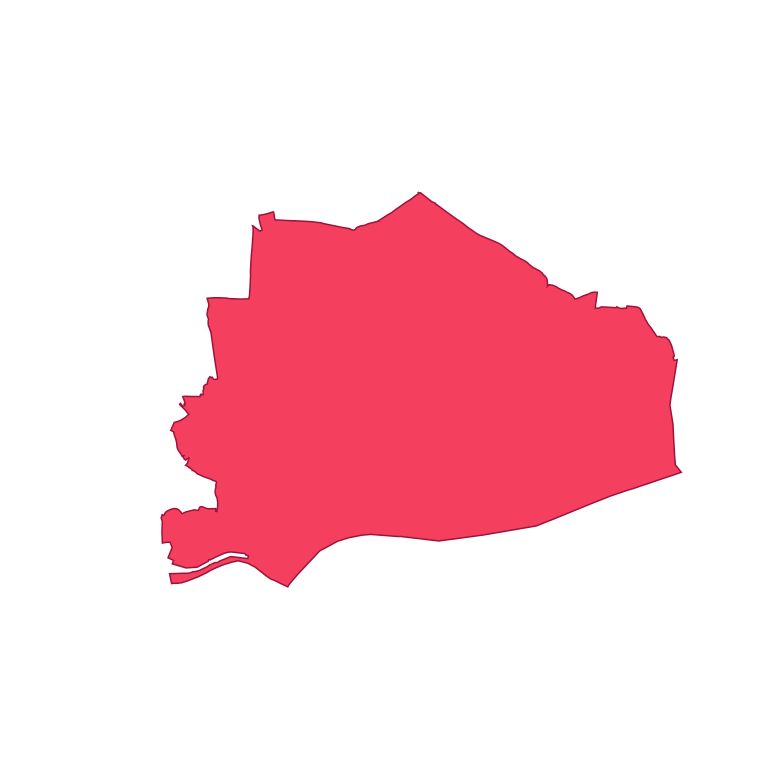 the district of Somova, Tulcea, Romania, rotated 155°
{"feature_id": "2599482B80721058448437", "entity_name": "Somova", "entity_type": "district", "adm_level": 2, "iso_a3": "ROU", "parent_name": "Romania", "parent_adm1": "Tulcea", "projection": "mercator", "projection_center": [28.654, 45.188], "detail": "fine", "context": "isolated", "style": "filled", "palette": "rose", "viewbox_px": 768, "rotation_deg": 155, "n_neighbors": 0, "source": "geoboundaries", "source_scale": "gbopen_adm2", "svg_char_len": 6087}
<svg xmlns="http://www.w3.org/2000/svg" viewBox="0 0 768 768"><g transform="rotate(155 384 384)"><path d="M556.9,240.8L555.1,242.2L553.5,243.0L542.8,247.9L512.8,259.9L492.4,261.1L482.4,259.8L480.3,259.4L467.8,256.3L459.4,253.2L435.3,239.6L434.3,239.2L433.7,239.0L400.7,218.6L379.1,211.8L360.1,205.9L359.0,205.5L305.8,191.0L284.8,189.8L248.9,188.1L226.6,186.8L209.7,185.0L202.0,183.9L151.9,178.3L152.1,179.3L154.1,187.7L150.8,196.5L144.9,211.3L139.1,225.4L133.8,244.0L129.5,250.7L123.5,259.3L108.0,282.1L109.1,282.2L111.0,282.8L110.9,284.3L110.5,286.2L110.3,286.4L109.5,286.5L109.2,286.6L109.0,287.1L108.4,289.6L107.2,296.8L107.1,298.9L107.1,302.0L107.2,303.5L107.8,304.8L108.1,306.0L108.5,306.8L110.7,308.4L111.1,308.6L112.7,308.9L113.1,309.3L113.7,310.2L114.0,310.5L116.7,311.8L117.0,314.4L118.2,321.8L119.4,327.0L119.5,327.9L119.4,328.5L119.6,330.0L119.8,331.8L119.7,338.1L120.0,343.4L120.0,343.8L120.5,344.9L121.4,346.2L123.0,347.4L125.2,348.7L127.8,350.3L130.7,352.0L131.2,351.5L132.3,350.1L133.5,350.9L134.2,351.2L136.8,352.0L139.0,353.6L140.3,355.6L141.5,355.1L150.1,359.8L154.6,362.1L157.4,361.9L160.4,363.6L158.6,366.6L154.7,372.6L151.9,377.0L155.3,378.6L157.4,379.1L159.1,379.2L160.1,379.0L162.3,379.3L166.5,379.7L167.4,379.6L170.5,379.7L175.0,380.1L175.6,384.1L175.8,384.9L176.5,386.0L176.9,386.9L177.3,387.5L178.2,388.6L179.0,389.3L180.5,391.5L182.0,393.1L182.6,393.6L183.4,394.6L184.9,396.4L186.4,398.8L187.3,399.9L189.3,402.2L191.9,403.9L192.3,404.1L192.6,404.1L194.6,403.5L193.9,404.6L193.5,405.5L193.0,407.0L192.5,408.2L192.2,409.1L192.0,410.0L192.2,412.5L192.3,413.2L192.7,414.4L193.4,415.7L193.6,416.2L193.7,417.5L193.9,418.1L194.9,420.2L195.4,421.2L197.2,423.2L198.3,425.0L199.3,425.9L199.6,426.4L202.0,431.3L202.5,432.8L203.1,434.0L203.4,434.6L204.2,435.8L207.5,440.1L211.2,445.4L211.0,446.0L214.0,451.1L215.7,454.5L217.9,459.0L219.8,462.0L221.8,464.5L234.3,478.3L237.0,482.2L240.0,487.4L241.0,488.9L242.0,490.9L244.2,495.4L248.4,502.5L254.4,513.2L260.0,523.5L261.1,525.2L261.0,526.0L263.6,529.0L269.9,541.5L270.0,541.8L270.9,542.1L271.3,542.4L271.7,542.7L272.1,543.6L272.2,541.8L276.3,541.3L280.6,540.2L282.1,540.0L284.0,539.7L286.3,539.6L291.2,538.7L293.1,538.3L299.2,537.3L304.0,536.2L307.0,535.9L308.5,535.8L320.8,534.2L320.7,534.1L326.1,535.0L326.4,535.2L331.0,536.0L333.4,535.9L334.7,536.1L338.2,537.1L341.0,537.3L342.7,537.3L344.5,536.3L345.4,536.2L346.3,536.3L347.1,536.5L349.0,538.5L349.4,538.8L349.4,539.3L354.8,542.9L371.5,555.3L372.9,556.7L382.4,562.5L395.8,569.6L398.3,570.8L413.2,578.7L413.4,578.9L413.4,579.2L411.4,586.3L411.4,586.7L412.5,587.0L415.3,587.3L419.4,588.0L420.9,588.3L425.9,589.7L426.9,587.8L427.2,587.1L427.4,586.7L428.1,583.4L428.6,581.0L429.4,575.3L429.6,575.0L430.8,575.2L431.6,574.8L431.8,574.7L432.8,576.8L433.0,577.1L435.7,582.3L436.3,582.9L436.4,581.2L436.9,580.1L439.9,574.2L446.0,563.2L446.5,562.3L446.9,561.7L449.2,557.8L450.5,555.6L452.0,552.7L454.1,548.9L454.8,547.5L456.9,543.6L458.6,540.1L458.6,539.7L464.2,528.9L468.5,521.1L470.6,518.3L474.2,519.9L477.1,521.1L488.2,526.8L490.7,528.6L497.1,531.9L501.3,533.9L505.3,535.4L508.1,536.4L508.4,534.5L508.7,532.8L508.9,531.2L509.0,530.5L509.3,529.9L510.0,528.3L512.1,526.3L513.3,524.3L513.9,523.7L514.8,522.2L515.2,521.3L515.4,520.2L515.5,519.6L515.5,518.1L515.7,516.9L516.7,515.5L517.4,514.0L518.3,511.7L518.5,511.1L518.6,508.4L518.9,506.4L518.9,505.5L518.8,504.7L519.0,504.7L519.2,503.3L523.9,488.1L526.8,478.6L531.3,462.9L532.6,458.9L535.4,459.6L536.0,460.0L536.5,460.4L536.8,462.7L538.0,462.9L538.1,463.6L538.8,464.1L539.0,464.1L539.6,463.6L540.7,463.2L541.1,462.8L541.9,461.7L543.2,460.3L544.0,459.0L544.1,458.7L544.6,458.7L545.3,458.9L546.5,458.8L547.6,458.5L548.3,458.2L548.8,457.5L549.7,455.3L550.6,454.8L551.0,453.9L552.4,450.8L554.0,451.4L554.0,452.1L554.4,452.1L554.8,451.3L555.5,451.4L555.9,450.3L556.2,450.3L559.3,452.0L563.0,453.7L570.1,457.2L571.4,457.7L571.8,457.5L571.9,454.4L572.4,451.1L572.5,450.3L573.0,450.5L573.6,450.4L573.9,449.9L573.6,448.9L574.2,448.8L575.2,448.8L576.2,449.6L576.2,451.1L576.7,452.5L577.4,452.2L577.9,451.7L575.3,444.9L574.7,442.8L574.5,441.6L573.7,439.1L577.7,437.8L579.1,437.5L583.9,437.1L585.9,437.1L589.7,437.7L590.4,437.8L596.9,432.1L594.8,429.4L595.4,427.8L595.5,427.0L596.0,422.2L596.6,419.1L597.1,417.5L598.1,414.6L598.5,412.8L598.5,411.3L598.1,408.4L597.7,406.6L597.6,404.0L597.3,403.9L595.7,403.8L595.6,403.5L597.1,403.1L596.8,401.7L596.8,400.4L596.4,399.8L596.1,398.9L595.9,398.8L594.5,399.3L592.2,399.6L592.3,398.9L594.1,397.1L595.6,395.3L598.2,394.1L596.1,391.5L595.8,390.7L596.0,390.6L595.8,390.3L595.6,390.4L595.2,389.7L594.8,389.0L594.4,387.9L594.1,387.4L594.4,386.7L593.5,386.1L593.2,385.6L592.6,385.3L592.5,384.6L591.3,382.2L591.2,381.4L590.7,381.1L587.9,377.7L587.0,376.7L585.7,375.3L580.7,370.4L580.0,369.0L577.8,367.3L577.3,366.4L577.5,365.5L579.2,363.5L579.6,362.2L580.4,360.9L581.3,359.9L582.9,357.2L583.5,354.4L583.5,351.1L584.8,346.8L587.6,341.5L589.3,339.0L590.3,339.8L589.2,342.2L595.6,345.0L597.3,346.1L598.4,347.2L600.4,349.4L601.5,350.1L602.5,350.3L602.9,350.2L603.6,349.9L604.7,348.7L605.5,348.1L606.4,348.3L607.7,349.2L609.3,350.2L610.8,350.5L613.7,351.0L617.3,351.8L621.5,351.8L622.0,352.1L622.2,353.8L622.7,355.4L623.3,356.8L624.1,358.0L625.5,359.1L626.7,359.8L628.4,360.2L630.7,360.5L634.4,360.5L636.4,360.0L639.0,358.0L640.4,359.3L642.6,356.7L642.9,353.3L647.4,344.6L652.1,333.5L648.2,332.5L644.8,331.0L645.1,325.3L653.2,317.8L649.3,313.0L651.9,310.5L641.2,301.0L630.8,296.9L618.1,297.7L617.3,298.8L616.0,298.6L616.0,298.0L610.1,298.3L600.3,298.1L595.9,297.3L593.4,296.3L581.7,289.1L581.5,287.3L579.5,285.7L581.2,283.3L595.8,292.4L608.2,293.0L610.1,292.5L612.6,293.6L618.3,293.7L621.6,293.1L631.1,293.1L635.2,294.0L636.1,294.6L639.5,294.7L643.6,296.1L643.8,296.4L658.5,302.7L660.9,292.9L659.9,292.7L655.5,290.7L651.1,289.3L646.0,288.6L633.5,287.8L625.5,287.9L621.8,288.1L620.8,288.4L613.7,288.4L606.1,288.1L597.1,286.8L590.9,285.4L586.2,281.7L583.1,279.0L578.4,272.8L575.1,266.5L571.8,259.7L568.8,254.9L565.5,251.4L562.1,247.0L556.9,240.8Z" fill="#f43f5e" stroke="#9f1239" stroke-width="1.5"/></g></svg>